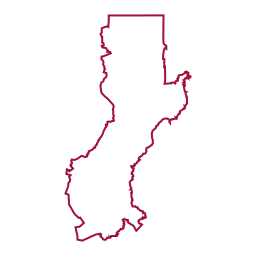 outline of Davao del Sur, Davao del Sur, Philippines
{"feature_id": "2640588B9806973652018", "entity_name": "Davao del Sur", "entity_type": "district", "adm_level": 2, "iso_a3": "PHL", "parent_name": "Philippines", "parent_adm1": "Davao del Sur", "projection": "albers", "projection_center": [125.526, 6.998], "detail": "fine", "context": "isolated", "style": "outline", "palette": "rose", "viewbox_px": 256, "rotation_deg": 0, "n_neighbors": 0, "source": "geoboundaries", "source_scale": "gbopen_adm2", "svg_char_len": 5853}
<svg xmlns="http://www.w3.org/2000/svg" viewBox="0 0 256 256"><path d="M101.6,30.0L101.9,32.4L100.7,33.7L100.6,34.3L101.3,35.3L101.7,36.9L102.2,36.9L102.2,42.6L102.7,42.5L103.6,43.7L103.8,45.4L101.7,45.9L102.4,47.4L106.1,48.1L107.6,51.0L107.3,51.8L108.2,51.9L108.6,51.3L109.0,52.0L110.2,52.1L110.2,52.8L110.7,53.3L101.9,56.9L101.6,56.7L101.5,57.0L101.4,58.9L103.2,61.1L103.5,62.5L103.1,64.5L104.4,66.7L104.4,68.8L104.9,69.0L103.7,72.3L106.3,73.0L106.6,76.1L105.4,77.8L104.0,78.8L103.3,81.4L101.4,82.5L100.4,85.8L101.4,92.7L104.8,96.4L107.3,98.4L113.2,104.8L113.8,106.7L112.8,109.5L113.2,110.3L113.3,115.0L113.9,115.9L113.7,117.0L113.3,117.3L113.0,118.3L113.4,118.7L114.0,120.5L113.3,121.1L112.6,120.9L111.5,121.2L110.5,121.9L108.7,121.5L107.4,121.8L107.5,123.9L107.2,124.3L105.8,124.6L105.7,124.9L105.9,125.3L106.8,125.9L106.7,126.2L105.3,127.6L103.2,132.2L102.5,134.4L101.0,137.0L99.5,138.4L99.5,139.6L98.3,140.2L98.2,141.9L96.9,143.2L96.9,144.5L95.7,145.4L95.2,147.4L94.6,147.3L94.5,147.7L94.0,147.7L92.9,149.4L91.5,149.9L90.5,150.7L89.9,150.7L88.8,151.2L88.8,152.0L88.4,152.4L88.6,153.1L87.5,153.7L87.7,154.8L87.2,156.0L86.7,155.5L86.1,156.8L84.6,157.1L83.3,156.3L81.4,155.9L77.6,158.7L75.6,159.5L74.2,160.0L71.8,159.5L71.1,161.1L72.0,162.5L71.6,164.1L70.8,164.3L70.7,165.1L70.9,165.4L70.6,165.6L70.8,166.3L72.0,167.2L73.0,168.6L69.4,171.2L69.1,170.1L67.6,170.4L67.3,169.4L66.9,169.3L66.4,174.0L70.6,175.2L69.1,177.0L70.2,179.5L69.8,181.2L68.3,183.3L68.3,185.9L65.5,193.5L68.5,194.7L69.1,204.4L74.3,213.6L78.6,217.9L80.1,217.5L83.9,222.9L79.6,226.7L75.5,227.3L77.5,236.6L77.4,239.6L82.4,240.6L95.8,234.5L99.9,233.8L99.8,234.6L101.1,234.5L100.5,236.6L102.3,237.7L102.9,239.3L105.3,239.9L106.5,238.9L107.1,237.7L108.8,237.9L109.3,237.5L109.3,237.2L109.6,237.6L110.5,237.6L111.2,236.0L116.8,236.0L117.8,234.3L116.4,234.4L117.2,233.1L116.8,232.8L117.9,231.4L118.9,231.3L120.7,228.9L122.0,229.3L122.9,228.8L122.9,228.3L123.4,228.2L123.7,227.2L123.2,226.3L123.8,226.1L124.4,224.8L124.3,224.3L124.0,224.6L123.5,223.9L124.1,223.3L123.9,222.9L124.4,222.2L123.2,221.2L123.3,220.6L122.8,219.7L124.1,219.5L124.4,218.9L125.4,219.7L127.9,220.0L127.9,221.1L127.5,221.1L128.1,221.8L128.2,222.5L129.3,223.3L129.7,223.2L130.8,224.3L132.7,225.2L133.8,226.3L136.3,230.8L142.0,224.6L140.6,223.7L139.7,223.7L139.0,223.3L138.4,221.3L138.9,221.1L138.9,220.5L139.5,219.7L140.8,219.3L141.5,218.6L142.2,218.8L142.1,218.1L142.9,217.8L143.0,217.4L143.4,217.9L143.5,217.7L144.2,218.1L144.7,218.0L145.0,217.3L145.8,217.3L145.7,216.6L145.4,216.4L145.7,216.0L145.2,215.2L145.1,213.4L143.8,213.2L143.9,212.5L143.5,213.1L143.0,213.2L143.0,212.7L143.5,212.3L143.2,211.4L141.2,211.1L141.1,210.7L139.9,210.3L139.4,209.6L138.2,209.1L137.6,208.3L137.8,207.9L137.6,207.4L136.0,207.0L135.2,206.2L134.5,206.6L134.0,206.5L133.7,206.6L133.9,206.7L132.6,206.4L132.7,206.0L131.5,203.7L131.5,202.5L132.0,201.7L131.9,200.7L132.6,200.2L132.0,199.0L132.3,198.4L132.0,198.2L131.5,197.0L131.3,194.9L131.6,194.5L131.3,193.3L131.7,193.4L131.9,193.0L131.9,191.5L131.2,189.2L130.5,189.3L131.3,188.1L130.1,185.8L130.2,184.8L130.0,184.7L129.7,182.5L130.2,181.4L131.8,179.8L132.5,179.5L132.3,179.2L132.6,179.6L132.8,179.4L132.2,177.9L132.5,176.8L133.2,176.7L133.4,176.1L132.7,175.0L132.7,174.4L131.8,173.9L132.2,173.6L131.9,172.2L132.2,171.7L133.4,171.0L133.2,170.1L133.7,168.8L132.9,168.3L133.2,167.8L132.9,168.1L132.8,167.9L132.5,168.0L131.9,167.5L132.0,167.1L131.7,167.1L131.1,166.2L131.5,165.9L133.5,166.9L134.2,166.2L133.5,166.0L134.2,165.6L134.4,164.6L134.7,164.9L136.1,163.4L136.9,163.1L137.4,161.5L138.8,161.0L138.9,159.9L139.7,159.7L138.7,158.9L138.9,157.7L142.3,155.4L142.9,154.0L143.6,153.6L144.3,153.8L145.4,153.4L146.5,151.1L146.2,150.5L146.3,148.3L147.3,147.5L148.3,147.5L150.9,145.5L151.8,145.2L151.9,144.6L153.0,143.3L152.7,141.9L152.9,140.5L151.9,137.2L152.1,135.6L151.7,134.7L152.2,131.9L152.8,130.6L155.8,127.9L155.9,127.1L156.0,127.2L156.5,126.8L156.0,127.0L156.4,126.7L156.4,126.1L158.3,124.7L158.1,124.1L159.8,122.1L161.1,121.5L161.4,120.7L162.6,119.5L164.8,118.6L166.4,118.5L167.7,118.6L168.1,119.2L169.7,120.1L169.3,122.0L169.9,122.8L169.8,120.6L170.4,119.9L170.8,119.5L171.5,119.6L171.5,119.3L172.2,119.1L172.3,119.3L174.6,118.7L176.1,118.8L175.8,117.9L176.6,118.5L177.0,117.9L176.9,116.5L177.9,115.1L179.8,113.5L179.9,113.0L179.7,113.0L180.1,112.6L179.8,111.7L180.0,111.1L182.6,109.8L183.0,108.9L184.2,108.8L184.4,108.6L184.1,108.5L184.6,107.8L184.5,107.2L184.9,107.1L184.7,106.6L185.1,106.1L185.3,106.3L185.1,106.0L185.4,106.1L185.2,105.9L187.0,103.5L186.9,100.0L187.1,99.4L186.8,97.9L187.0,97.1L186.7,96.4L186.3,96.5L186.4,95.3L186.3,95.5L185.7,94.1L185.6,92.8L186.1,92.2L185.4,92.3L185.4,91.9L186.0,91.7L185.2,91.7L184.8,91.3L184.1,88.3L184.1,86.7L184.8,86.4L185.0,86.7L184.9,86.2L184.1,86.4L184.3,85.8L183.7,85.9L184.0,85.7L183.7,85.4L183.8,85.4L184.2,85.2L183.8,85.2L183.5,84.7L183.8,84.3L183.7,83.9L184.1,83.9L183.7,83.4L184.2,83.5L183.8,82.8L184.8,82.3L184.8,81.7L184.2,81.3L184.3,80.9L184.0,80.7L184.3,80.3L184.0,80.1L184.4,80.0L184.5,79.3L185.1,78.4L185.6,78.5L186.3,77.8L187.2,77.6L187.3,78.0L187.7,77.6L188.1,78.0L188.0,77.5L188.3,77.5L188.5,77.9L188.5,77.5L190.0,77.6L190.5,76.9L190.5,75.5L190.0,76.9L189.1,76.2L188.6,76.3L188.5,75.4L188.1,76.2L187.6,76.2L188.0,75.6L187.3,74.1L187.6,73.6L187.2,73.2L187.8,72.7L187.0,72.4L187.0,71.8L186.1,71.6L185.1,72.1L185.4,72.7L182.1,74.8L179.2,75.2L178.4,75.9L178.7,77.4L178.3,77.6L178.2,78.1L177.7,78.2L177.8,79.1L177.5,79.2L177.9,79.9L177.5,80.3L177.7,80.7L176.2,80.8L175.3,82.0L175.6,82.9L175.3,83.5L173.9,82.6L172.7,82.5L171.2,82.8L171.3,83.3L164.6,83.8L165.2,79.5L165.0,66.6L164.2,66.9L164.4,59.1L163.0,59.0L163.1,55.6L164.0,49.8L165.1,48.0L166.3,48.8L166.3,45.8L164.3,44.4L163.5,43.1L163.3,38.0L163.5,15.4L108.7,15.5L108.8,19.6L108.3,27.0L107.0,26.3L101.8,28.2L101.6,30.0Z" fill="none" stroke="#9f1239" stroke-width="2"/></svg>